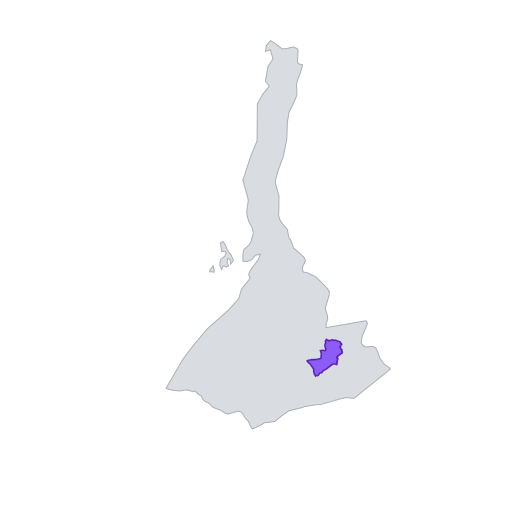 Gogne, Gash Barka, Eritrea shown in context, rotated 237°
{"feature_id": "51966322B22104639237429", "entity_name": "Gogne", "entity_type": "district", "adm_level": 2, "iso_a3": "ERI", "parent_name": "Eritrea", "parent_adm1": "Gash Barka", "projection": "albers", "projection_center": [37.411, 15.143], "detail": "fine", "context": "in_parent", "style": "filled", "palette": "violet", "viewbox_px": 512, "rotation_deg": 237, "n_neighbors": 0, "source": "geoboundaries", "source_scale": "gbopen_adm2", "svg_char_len": 6907}
<svg xmlns="http://www.w3.org/2000/svg" viewBox="0 0 512 512"><g transform="rotate(237 256 256)"><path d="M88.0,307.1L86.4,291.9L85.4,281.7L84.3,270.9L83.2,260.7L88.1,254.5L90.4,248.6L96.2,229.3L98.5,225.4L103.1,215.1L103.8,212.1L108.3,199.1L107.9,190.4L107.0,181.7L109.4,176.5L111.6,172.4L111.5,168.9L112.5,160.7L113.2,158.7L115.8,158.6L121.3,159.6L125.3,158.8L130.0,158.8L133.6,158.6L135.7,156.1L138.6,146.6L140.5,144.7L141.9,144.1L146.0,142.3L149.5,139.6L152.4,137.6L153.4,137.2L156.4,136.9L159.4,135.7L160.8,134.4L164.6,133.3L168.4,133.9L170.9,132.7L172.5,132.0L174.4,131.9L176.2,130.8L176.9,129.1L178.0,128.0L180.9,125.5L182.2,123.7L182.8,121.9L183.4,120.5L184.7,118.1L189.7,112.0L194.0,108.4L209.5,139.0L215.9,157.0L221.5,175.8L225.8,204.2L229.8,218.6L236.1,225.7L240.6,239.1L244.3,239.6L247.0,243.3L251.7,255.9L255.1,260.6L256.7,256.5L256.5,254.2L255.2,250.3L256.3,245.2L258.9,242.2L264.8,246.2L268.0,249.3L268.9,255.5L270.3,258.9L276.5,266.2L281.8,268.2L288.5,268.7L294.1,270.2L298.7,272.8L307.2,280.1L326.7,286.3L342.6,306.0L352.0,319.6L382.7,339.9L388.1,349.9L391.1,359.6L397.4,359.0L408.6,369.5L412.0,377.6L421.0,380.3L422.4,375.4L426.9,379.3L428.8,385.4L423.1,388.0L416.8,390.3L415.9,390.3L413.9,393.2L411.1,401.0L407.8,403.3L406.1,403.6L396.1,396.5L394.5,396.2L392.4,397.6L390.9,399.1L386.2,393.8L382.7,389.0L377.9,383.3L373.3,380.8L368.4,377.6L363.4,370.1L358.4,361.8L351.0,355.1L337.3,345.5L324.7,333.2L315.0,320.3L308.8,313.5L306.2,311.8L293.5,307.8L284.7,301.9L277.8,297.1L273.7,295.8L269.6,295.7L261.1,296.7L253.9,293.7L250.9,293.8L246.1,292.9L242.4,291.9L238.0,293.2L229.0,295.5L225.3,295.0L223.2,292.0L222.0,289.6L218.9,287.2L216.3,287.2L214.8,289.4L205.5,295.0L189.7,298.2L185.9,298.0L183.1,295.8L175.1,286.3L172.8,284.8L171.0,284.6L167.3,283.5L163.9,281.7L160.8,277.8L157.8,275.6L154.5,283.3L148.8,296.6L145.8,303.7L141.8,312.9L140.5,313.2L138.5,312.5L130.6,301.1L125.7,296.8L122.0,297.2L119.3,299.3L117.6,303.1L115.7,305.5L113.7,306.4L109.4,305.9L102.8,304.1L96.0,304.5L88.9,307.1L88.0,307.1ZM272.9,230.1L275.0,232.9L276.5,232.6L277.6,231.6L278.4,229.6L286.5,233.4L286.1,236.1L281.3,236.3L275.7,235.2L270.6,235.7L264.5,234.6L263.0,230.2L266.9,232.3L268.9,231.7L269.3,231.1L266.5,228.2L262.6,227.6L262.8,225.3L264.5,224.3L265.6,223.1L263.3,219.9L267.7,220.6L270.5,222.5L272.4,224.8L272.9,230.1ZM269.3,209.6L271.1,214.7L266.1,212.8L265.3,211.8L267.4,209.7L267.9,208.5L269.3,209.6Z" fill="#d9dde1" stroke="#a8b0b8" stroke-width="1"/><path d="M141.6,258.5L141.1,258.4L140.7,258.2L140.1,258.1L139.3,257.8L139.1,257.7L138.7,257.6L138.1,257.3L137.7,257.1L137.3,256.7L137.1,256.4L136.8,256.1L136.6,256.0L135.9,255.6L135.7,255.5L135.5,255.4L135.2,255.1L135.0,254.9L134.9,254.9L134.9,254.7L134.8,254.4L134.9,253.9L135.1,253.5L135.6,252.3L135.7,252.0L135.8,251.9L135.9,251.4L136.1,250.6L136.1,250.2L136.5,249.9L136.7,249.7L136.9,249.5L137.1,249.2L137.3,249.1L137.3,248.6L137.3,248.3L137.4,247.9L137.5,247.7L137.9,247.6L138.0,247.3L138.0,247.1L138.4,247.0L138.5,246.9L138.7,246.7L138.8,246.6L138.8,246.2L138.8,245.6L139.1,245.1L139.4,244.6L139.5,244.3L139.7,243.9L139.9,243.5L140.0,243.4L140.1,243.0L140.1,241.7L139.9,241.7L139.7,241.7L139.1,241.7L138.7,241.8L138.1,242.0L137.9,242.0L137.7,242.1L136.8,242.3L136.5,242.5L136.3,242.5L136.0,242.5L135.7,242.5L135.0,242.6L134.8,242.6L134.6,242.6L134.1,242.6L133.6,242.6L132.6,242.7L132.0,242.7L131.7,242.7L131.3,242.7L131.1,242.7L130.7,242.7L130.4,242.7L130.2,242.7L129.7,242.6L129.3,242.5L129.1,242.4L128.9,242.2L128.7,242.1L128.2,241.9L127.8,241.5L127.7,241.4L127.1,241.3L126.7,241.1L126.1,240.9L125.9,240.8L125.7,240.7L125.4,240.7L125.1,240.6L124.9,240.6L124.6,240.7L124.2,240.6L123.9,240.6L123.6,240.6L123.0,240.6L123.1,240.8L123.2,241.1L123.1,241.3L122.9,241.5L122.6,241.8L122.3,241.9L122.3,242.1L122.2,242.5L122.1,242.8L122.1,243.4L122.5,244.4L122.5,244.5L122.9,245.1L123.1,245.5L123.1,245.9L123.0,246.3L122.9,246.5L122.8,246.8L122.7,247.0L122.3,247.4L122.2,247.5L122.3,247.9L122.6,248.2L123.0,248.8L123.1,249.0L123.0,250.2L123.1,250.6L123.1,250.8L123.2,251.0L123.1,251.4L123.0,251.7L123.1,251.9L123.0,252.6L122.9,253.2L122.9,253.5L122.9,254.1L122.9,254.8L123.0,255.1L123.1,255.3L123.3,255.9L123.4,256.1L123.4,256.3L123.1,256.7L123.1,256.9L123.1,257.3L123.4,258.5L123.4,258.8L123.5,259.2L123.4,259.6L123.2,259.9L123.5,260.8L123.5,261.0L123.5,261.4L123.5,261.5L123.4,261.8L123.2,262.3L122.9,262.7L122.6,263.1L122.4,263.4L122.1,263.7L122.0,263.8L121.8,264.0L121.1,264.4L121.2,264.5L121.2,265.0L121.3,265.2L122.0,265.6L122.4,265.7L122.6,265.7L122.7,265.8L123.0,265.9L123.1,266.4L123.1,266.5L122.9,266.5L123.0,266.7L123.4,266.6L123.6,266.6L124.1,267.0L124.3,267.3L124.5,267.5L124.5,267.9L124.6,268.1L124.7,268.3L124.8,268.4L124.9,268.5L125.1,268.6L125.4,268.9L125.6,268.9L125.9,268.6L126.0,268.5L126.1,268.4L126.3,268.4L126.5,268.3L126.8,268.4L127.0,268.5L127.3,268.9L127.2,269.2L127.2,269.3L127.4,269.4L127.4,269.5L127.4,269.9L127.6,270.0L127.4,270.3L127.3,270.5L127.5,270.7L127.6,271.0L127.7,271.3L127.8,271.5L127.9,272.1L127.6,272.2L127.5,272.3L127.5,272.6L127.6,272.9L127.7,273.1L127.7,273.3L127.8,273.4L127.8,273.8L127.8,274.2L127.6,274.4L127.5,274.6L127.5,274.8L127.6,275.0L128.1,275.8L128.2,276.1L128.4,276.2L128.5,276.2L128.9,276.0L129.1,276.0L129.3,276.0L129.6,276.2L130.0,276.4L130.1,276.5L130.2,276.8L130.4,276.9L130.5,276.9L130.6,277.0L130.8,276.8L130.9,276.6L131.0,276.5L131.4,276.6L131.8,276.6L132.0,276.8L132.3,276.9L132.5,276.8L132.6,276.7L132.9,276.7L133.1,276.7L133.4,276.6L133.5,276.9L133.5,277.0L133.8,277.1L134.0,277.2L134.3,277.2L134.4,277.3L134.5,277.5L134.2,277.8L134.4,278.0L134.5,278.1L134.8,278.6L135.0,278.8L135.1,279.0L135.1,279.3L135.3,279.4L135.3,279.5L135.2,279.7L135.5,279.8L135.8,279.7L135.9,279.8L136.1,279.9L136.3,279.7L136.9,279.4L137.2,279.7L137.3,279.7L137.9,279.8L138.1,279.8L138.8,279.3L139.1,279.1L139.3,279.0L139.5,278.8L139.6,278.7L139.8,278.3L140.0,278.2L140.2,277.9L140.7,277.8L140.8,277.8L141.0,277.7L141.6,277.3L141.6,277.2L142.0,276.9L142.2,276.7L142.3,276.6L142.5,276.2L142.6,275.8L142.8,275.7L143.1,275.4L143.3,275.2L143.2,274.9L143.4,274.8L143.6,274.5L144.1,274.3L144.2,274.0L144.5,273.7L144.6,273.4L144.5,273.2L144.4,273.1L144.4,272.9L144.5,272.8L144.8,272.3L144.8,272.2L144.8,271.8L144.8,271.7L145.0,271.4L145.2,271.2L145.2,270.9L145.3,270.8L145.7,270.9L145.8,270.9L146.1,270.4L146.3,270.1L146.5,270.0L147.0,269.8L147.5,269.9L147.6,269.7L147.8,269.6L147.6,269.3L147.5,269.1L147.4,269.0L147.2,268.8L147.0,268.7L146.9,268.1L146.8,267.8L146.7,267.8L146.7,267.7L146.3,267.7L145.9,267.6L145.7,267.4L145.3,267.2L145.2,267.0L144.6,266.2L144.3,265.7L144.1,265.5L142.8,264.7L142.4,264.6L142.1,264.5L142.0,264.4L141.5,264.2L140.8,264.0L140.4,263.9L140.1,263.9L139.8,263.8L139.6,263.6L139.3,263.4L139.1,263.1L139.0,262.7L139.0,262.4L139.4,262.0L139.7,261.7L140.0,261.3L140.2,261.0L140.6,260.4L140.9,259.9L141.1,259.6L141.2,259.3L141.6,258.5Z" fill="#8b5cf6" stroke="#5b21b6" stroke-width="1.5"/></g></svg>